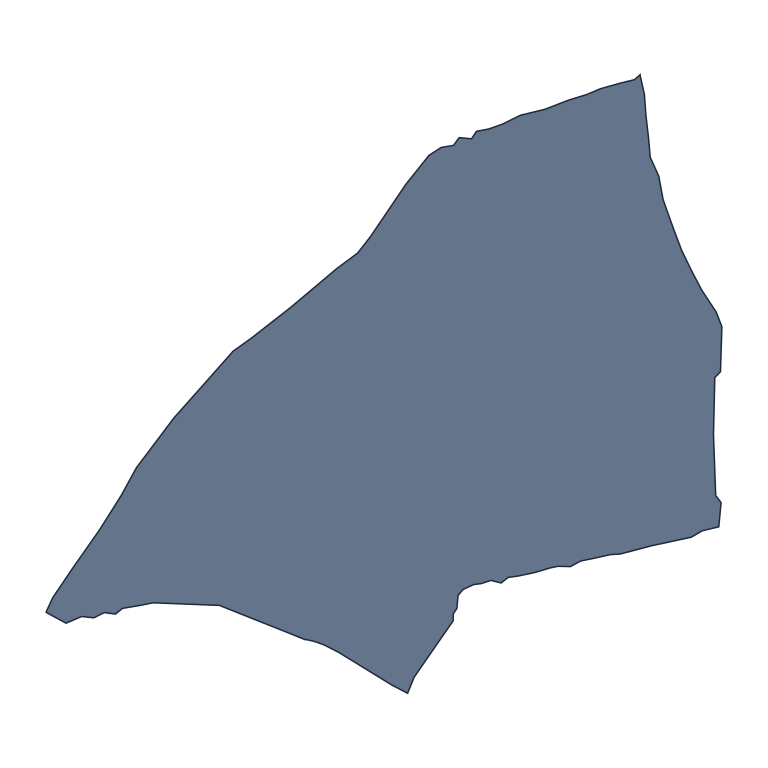 Delami, South Kordufan, Sudan
{"feature_id": "16777658B3840179969595", "entity_name": "Delami", "entity_type": "district", "adm_level": 2, "iso_a3": "SDN", "parent_name": "Sudan", "parent_adm1": "South Kordufan", "projection": "orthographic", "projection_center": [30.319, 11.667], "detail": "fine", "context": "isolated", "style": "filled", "palette": "slate", "viewbox_px": 768, "rotation_deg": 0, "n_neighbors": 0, "source": "geoboundaries", "source_scale": "gbopen_adm2", "svg_char_len": 1302}
<svg xmlns="http://www.w3.org/2000/svg" viewBox="0 0 768 768"><path d="M713.5,434.6L714.8,377.6L720.5,371.7L721.9,326.7L716.2,312.1L701.8,290.2L691.8,271.2L681.8,250.7L674.6,231.7L668.8,215.7L663.1,199.6L658.8,176.2L650.2,157.2L648.7,139.7L645.9,114.8L644.4,94.3L640.1,75.3L640.1,74.7L634.4,79.7L621.5,82.8L600.5,88.7L586.8,94.5L568.9,100.0L544.5,109.4L520.5,115.2L502.0,124.3L488.6,129.0L476.5,131.3L471.5,138.8L459.2,137.6L453.5,145.4L441.3,147.4L429.0,155.3L420.1,166.5L405.8,184.4L370.7,236.3L357.6,253.1L336.6,268.7L290.8,307.3L251.4,338.1L233.1,351.2L205.6,382.3L173.8,418.1L136.5,467.6L121.2,495.5L99.3,530.2L73.3,567.3L52.8,597.6L46.3,611.6L46.2,611.8L46.1,612.1L46.6,612.7L46.9,612.8L66.1,623.2L81.6,616.5L93.9,617.8L104.3,612.6L115.5,614.1L122.4,608.4L140.2,605.4L153.0,602.8L219.4,605.4L262.7,622.7L272.8,626.7L305.5,639.8L306.0,639.5L314.9,641.6L323.8,644.8L338.7,652.4L392.4,685.4L407.6,693.3L414.2,677.1L453.2,620.7L453.2,614.0L456.9,608.4L458.1,595.3L463.2,589.4L473.8,584.5L481.3,583.6L490.8,580.4L501.1,583.0L508.2,577.4L518.3,576.0L535.2,572.4L549.5,568.1L557.8,566.3L570.4,566.6L580.7,561.0L594.8,558.1L610.5,554.6L620.3,554.0L651.2,545.8L668.1,542.2L691.3,537.2L702.2,530.8L718.8,526.8L721.1,502.6L715.7,495.6L713.5,434.6Z" fill="#64748b" stroke="#1e293b" stroke-width="1.5"/></svg>